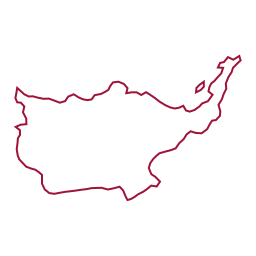 the district of Porto Belo, Santa Catarina, Brazil
{"feature_id": "56859067B90050633059685", "entity_name": "Porto Belo", "entity_type": "district", "adm_level": 2, "iso_a3": "BRA", "parent_name": "Brazil", "parent_adm1": "Santa Catarina", "projection": "mercator", "projection_center": [-48.598, -27.169], "detail": "fine", "context": "isolated", "style": "outline", "palette": "rose", "viewbox_px": 256, "rotation_deg": 0, "n_neighbors": 0, "source": "geoboundaries", "source_scale": "gbopen_adm2", "svg_char_len": 1791}
<svg xmlns="http://www.w3.org/2000/svg" viewBox="0 0 256 256"><path d="M240.6,60.4L239.3,56.0L233.3,59.7L228.0,57.1L223.9,62.1L220.1,62.9L217.9,67.5L223.1,67.8L221.3,73.3L217.2,77.7L214.5,80.9L211.2,83.5L209.3,87.4L208.5,91.4L212.6,94.8L207.9,101.2L202.2,103.4L199.4,106.5L194.5,110.0L189.7,111.6L186.0,110.5L183.3,105.8L178.8,107.8L174.8,108.5L170.2,107.4L165.4,105.2L159.5,101.6L155.0,98.1L150.4,94.9L146.0,92.2L141.3,95.0L136.6,92.3L131.8,92.3L126.3,93.2L127.5,88.1L123.8,83.9L118.4,81.7L113.0,82.4L110.2,86.0L108.4,89.8L105.0,91.9L101.1,93.9L94.6,95.2L91.6,99.4L87.5,100.1L83.3,99.4L79.0,97.6L73.7,94.3L68.2,96.6L65.2,101.1L59.9,102.7L53.8,100.4L48.8,98.6L43.5,98.8L37.6,97.6L32.9,96.3L28.8,96.5L24.3,94.3L17.2,87.9L16.4,92.9L15.4,98.0L17.2,102.3L20.9,102.7L24.3,106.5L23.0,112.3L26.2,118.5L26.4,124.2L20.7,124.7L15.7,126.9L19.9,130.2L20.0,134.9L17.9,138.2L17.5,143.3L16.7,149.0L17.7,155.4L19.3,159.4L22.7,163.0L26.2,166.7L31.6,168.7L35.3,169.7L39.0,172.3L42.0,174.9L42.0,183.6L44.7,189.4L49.3,193.1L54.4,193.8L59.1,192.9L65.4,191.8L71.7,191.1L76.3,190.5L81.0,189.8L86.7,189.1L91.1,188.2L95.0,188.0L101.5,187.8L108.0,189.5L114.5,188.1L119.6,186.7L123.3,190.7L125.5,196.2L127.5,200.0L131.2,198.9L134.6,196.9L138.1,194.3L143.1,191.8L147.4,188.8L151.2,185.6L156.7,186.5L160.0,181.6L155.3,176.8L151.3,174.2L148.8,168.0L150.2,163.2L153.1,159.1L156.1,156.1L159.4,153.3L165.3,151.6L170.7,150.2L175.6,148.4L179.3,143.1L183.7,139.1L186.6,134.4L190.6,131.3L195.6,132.9L201.6,133.3L207.2,129.1L209.7,124.3L212.0,120.7L216.0,120.0L219.9,115.8L220.3,111.3L218.5,104.8L221.9,99.2L223.7,93.9L226.3,88.8L225.8,83.5L228.4,77.1L231.6,72.2L233.0,67.8L237.3,63.5L240.6,60.4ZM200.6,90.1L203.8,86.8L203.8,81.7L199.3,85.0L196.5,87.9L196.0,92.3L200.6,90.1Z" fill="none" stroke="#9f1239" stroke-width="2"/></svg>